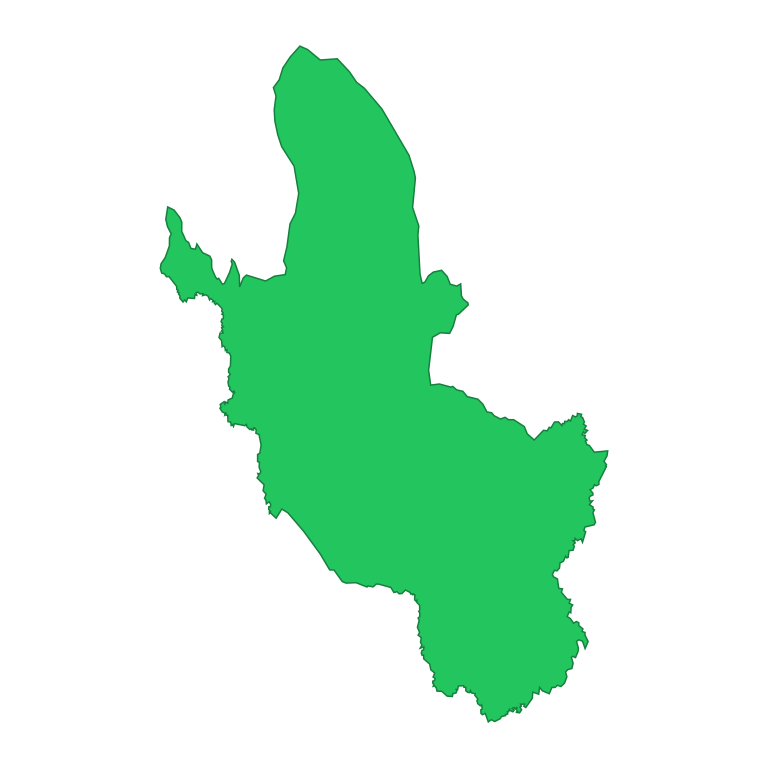 the district of Thai Charoen, Yasothon, Thailand
{"feature_id": "78962969B95205724329229", "entity_name": "Thai Charoen", "entity_type": "district", "adm_level": 2, "iso_a3": "THA", "parent_name": "Thailand", "parent_adm1": "Yasothon", "projection": "equal_earth", "projection_center": [104.445, 16.096], "detail": "fine", "context": "isolated", "style": "filled", "palette": "green", "viewbox_px": 768, "rotation_deg": 0, "n_neighbors": 0, "source": "geoboundaries", "source_scale": "gbopen_adm2", "svg_char_len": 6120}
<svg xmlns="http://www.w3.org/2000/svg" viewBox="0 0 768 768"><path d="M423.7,658.8L429.7,664.1L430.8,669.8L434.7,673.0L433.1,677.1L435.1,678.3L434.4,680.7L432.8,681.1L432.8,683.3L433.8,684.0L433.2,686.3L434.5,685.8L436.3,687.9L437.0,691.1L441.8,691.3L447.1,696.1L452.4,696.5L452.8,693.8L456.1,692.9L457.0,690.5L456.3,689.5L457.7,689.5L458.3,686.0L463.7,685.7L463.9,687.2L465.8,687.4L465.8,690.8L467.8,692.4L469.9,692.6L470.4,690.6L471.8,693.0L475.2,693.7L474.8,695.3L478.0,699.1L476.9,700.5L477.7,703.6L480.3,705.8L481.6,704.8L482.2,708.9L480.8,709.8L481.0,713.5L482.4,714.7L485.3,713.4L488.3,721.9L491.2,719.7L494.8,721.5L500.2,718.7L501.4,716.6L505.6,715.6L505.5,714.5L507.7,714.0L507.4,711.8L508.6,711.8L509.6,708.4L509.8,710.4L512.9,711.8L514.0,710.5L512.3,708.4L514.1,707.5L515.0,709.0L517.2,707.1L516.3,709.5L517.6,711.6L515.8,712.3L519.6,712.8L521.6,709.8L520.0,707.1L521.4,706.2L520.5,704.2L524.5,704.1L523.9,706.3L525.8,707.5L532.3,698.3L532.8,692.1L538.7,694.2L539.6,687.4L542.5,690.9L549.3,693.7L551.9,687.5L555.1,687.4L557.4,685.3L561.0,686.5L564.5,683.2L566.9,676.8L565.6,672.0L567.8,669.6L571.9,668.5L573.1,663.2L571.4,657.4L572.7,656.3L575.5,657.6L578.0,651.6L578.4,648.0L576.5,641.5L578.8,639.8L582.5,641.2L585.1,648.6L588.1,641.5L584.9,634.9L585.1,632.5L582.1,631.5L582.9,628.9L578.8,625.5L578.8,622.7L576.4,621.5L573.6,623.2L570.3,618.5L567.2,616.6L569.0,612.1L570.8,612.8L571.1,607.3L572.7,605.0L569.2,603.2L570.5,599.4L567.4,599.4L561.4,592.3L562.4,588.8L558.8,588.4L557.4,578.9L553.5,576.8L552.4,574.3L554.5,570.3L557.0,570.9L559.5,568.1L560.0,563.0L563.4,561.3L565.6,556.2L566.9,557.9L568.2,557.3L569.0,550.7L573.1,550.2L574.3,546.5L573.2,544.6L575.2,542.9L573.1,540.7L574.8,540.9L575.1,538.4L577.5,540.6L581.1,538.8L582.5,542.3L585.7,531.7L583.9,530.5L585.0,527.0L594.1,524.8L595.5,522.4L592.9,512.5L594.4,509.9L593.2,509.3L593.0,507.0L589.4,504.6L592.5,500.8L590.1,501.3L589.1,498.2L590.0,496.3L592.9,495.0L592.9,493.1L590.0,489.8L593.1,488.0L594.4,484.8L596.2,485.8L598.9,484.4L598.9,481.5L606.4,466.6L605.6,465.9L606.5,464.7L604.0,461.4L607.0,455.9L607.7,450.9L594.3,452.2L589.3,445.4L587.0,444.7L585.4,441.2L587.0,440.1L584.6,437.7L585.3,435.5L582.1,434.8L583.5,431.9L584.9,433.4L587.6,430.4L584.2,429.1L586.2,426.0L583.4,424.2L584.4,422.0L582.6,417.6L580.8,416.6L581.6,414.3L577.4,413.4L577.3,415.8L575.4,416.9L572.7,415.5L570.5,421.0L568.6,419.7L567.4,421.5L564.7,421.3L564.4,423.7L562.5,423.5L561.9,425.6L558.5,421.9L554.5,422.0L551.0,427.8L549.2,427.3L547.2,430.8L543.5,430.3L534.2,440.0L527.2,433.8L524.3,426.6L513.7,419.7L508.5,419.7L505.1,417.3L500.5,419.0L494.2,415.8L491.6,412.7L487.0,412.0L482.9,404.2L477.9,399.2L467.2,396.6L462.9,391.3L456.7,389.9L452.8,386.4L450.8,387.1L439.4,384.0L430.7,385.1L428.6,370.1L432.5,337.3L440.3,332.8L449.6,333.4L453.1,326.5L456.4,314.8L458.5,314.2L468.2,305.0L468.0,303.0L463.2,299.1L461.4,295.7L460.7,283.9L456.7,286.1L450.2,284.2L447.1,276.4L441.6,270.3L433.3,272.1L428.5,275.8L424.8,282.2L422.1,283.3L420.0,273.8L417.9,235.0L418.8,226.0L412.6,207.5L415.4,178.1L414.1,171.5L409.0,155.3L382.0,109.1L364.3,88.2L356.6,82.3L349.2,71.5L337.3,58.8L320.2,60.0L307.8,49.7L299.9,46.1L290.2,57.0L282.9,67.9L279.2,79.8L273.4,87.6L276.0,96.0L274.2,109.8L274.9,121.2L277.8,134.9L281.7,146.7L294.1,166.2L298.7,193.5L295.4,213.3L290.0,223.9L286.9,247.0L283.6,260.8L286.6,267.8L285.2,274.6L274.4,276.2L265.6,281.0L246.4,275.1L243.3,277.9L239.6,286.9L239.3,275.3L234.6,262.2L231.9,259.3L231.2,261.3L232.2,264.0L229.6,272.4L224.4,283.5L222.4,284.2L218.7,278.3L217.2,279.1L215.6,277.2L213.1,271.7L211.7,267.8L211.6,259.8L209.8,256.1L202.6,252.7L196.9,244.0L195.4,249.2L190.9,248.4L188.6,242.4L185.9,240.7L181.7,231.2L181.8,222.4L180.0,217.8L174.0,210.0L167.7,207.0L165.8,219.4L167.5,226.6L171.2,233.9L169.5,237.6L169.4,245.9L165.2,257.6L161.0,263.9L160.3,268.5L161.7,273.1L164.6,273.9L166.4,276.7L169.0,276.6L176.6,286.3L176.8,289.6L178.1,290.2L177.4,292.0L179.1,292.8L178.5,294.0L180.0,296.0L179.8,298.2L183.0,302.0L184.7,299.9L186.3,301.8L187.9,297.9L194.5,298.5L194.9,294.6L196.8,295.3L196.2,292.6L197.7,292.1L200.0,293.9L203.1,293.7L202.5,295.6L205.9,294.8L208.1,296.2L209.6,299.9L210.5,298.6L212.1,299.5L213.2,300.6L212.6,301.7L214.7,301.5L214.3,303.1L215.5,304.6L217.0,303.2L222.1,308.6L221.8,311.5L223.1,312.8L221.9,314.2L223.4,315.0L223.3,318.7L221.9,319.1L221.1,321.8L222.3,323.1L221.8,325.4L223.4,326.8L221.6,327.5L222.5,329.9L221.5,331.1L222.7,331.3L222.9,333.2L220.1,333.0L219.0,337.5L221.6,340.6L222.1,346.6L222.9,345.7L224.8,347.0L225.4,350.6L226.9,349.8L226.9,352.4L229.5,353.2L230.8,356.2L230.4,366.0L228.6,369.0L228.6,372.3L230.3,374.3L228.0,376.9L229.0,378.3L228.0,382.0L228.7,386.2L230.0,387.2L229.5,389.2L232.4,392.1L234.0,391.1L234.6,392.8L233.4,393.3L232.3,398.0L228.2,399.9L227.7,403.2L225.6,402.0L224.9,403.9L224.1,401.7L220.2,404.4L220.9,407.4L219.9,408.2L222.3,412.0L225.0,413.1L224.8,414.7L225.9,413.4L226.1,415.3L227.7,415.1L228.0,421.6L230.7,422.2L231.2,425.5L232.4,424.6L233.5,426.5L234.4,423.6L245.0,425.7L246.3,424.4L247.0,426.8L249.8,429.5L251.6,428.7L251.7,429.9L253.6,430.1L253.8,427.9L254.8,428.0L256.2,429.7L255.9,433.3L259.0,434.5L261.1,445.0L259.8,453.2L257.6,454.5L257.6,461.6L259.4,462.2L259.1,467.4L260.8,471.6L259.7,473.9L257.8,473.5L258.6,475.6L257.1,477.9L264.1,484.8L263.1,490.8L266.1,494.2L264.5,498.5L265.8,499.6L266.4,503.9L269.1,501.8L270.7,504.3L270.2,506.9L268.8,506.8L268.6,509.2L270.2,511.3L269.4,511.3L269.4,513.6L270.5,512.9L276.1,518.2L281.8,509.1L287.8,512.7L303.5,531.1L320.2,553.9L329.7,569.9L334.0,570.0L342.2,581.5L346.0,583.1L356.1,582.7L367.0,587.0L367.9,585.9L373.1,586.9L376.3,584.0L379.0,584.2L390.9,587.5L393.9,592.5L397.0,591.7L399.2,593.8L402.0,593.5L405.4,590.0L410.2,592.5L410.6,594.0L412.6,593.9L412.5,595.3L413.2,594.1L414.9,594.9L414.6,599.8L416.0,601.2L416.9,600.2L416.9,602.5L419.6,605.3L419.7,610.0L418.7,611.5L419.8,612.6L419.7,616.6L418.1,618.0L419.2,620.5L417.4,627.3L419.6,632.3L418.1,635.2L421.3,637.6L420.5,642.5L422.0,645.0L420.2,648.2L423.9,646.9L423.6,649.9L422.0,650.4L421.3,653.1L422.1,655.3L423.6,655.1L423.7,658.8Z" fill="#22c55e" stroke="#15803d" stroke-width="1.5"/></svg>